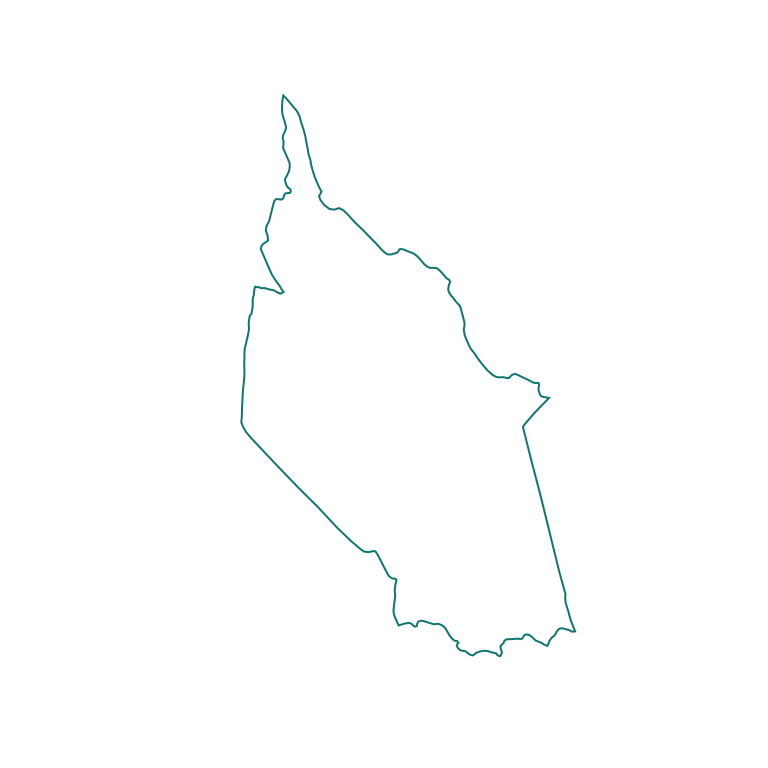 Mouloundou, Ogooué-Lolo, Gabon (Equal Earth projection), rotated 157°
{"feature_id": "22940354B50404497002370", "entity_name": "Mouloundou", "entity_type": "district", "adm_level": 2, "iso_a3": "GAB", "parent_name": "Gabon", "parent_adm1": "Ogooué-Lolo", "projection": "equal_earth", "projection_center": [12.887, -0.678], "detail": "fine", "context": "isolated", "style": "outline", "palette": "teal", "viewbox_px": 768, "rotation_deg": 157, "n_neighbors": 0, "source": "geoboundaries", "source_scale": "gbopen_adm2", "svg_char_len": 4008}
<svg xmlns="http://www.w3.org/2000/svg" viewBox="0 0 768 768"><g transform="rotate(157 384 384)"><path d="M304.7,81.6L304.7,84.4L304.5,92.0L303.9,98.1L303.3,101.3L302.4,110.9L301.2,115.3L299.0,119.9L296.0,142.9L288.4,189.8L283.1,222.7L278.3,255.9L272.9,290.1L271.1,291.5L256.6,298.7L237.5,306.7L239.8,308.2L242.4,309.9L244.2,311.4L244.5,313.6L244.2,318.1L242.9,320.6L241.5,322.6L241.3,324.5L242.9,325.3L244.6,325.9L246.3,327.3L248.4,329.9L251.2,333.2L253.6,335.8L256.6,339.3L259.1,341.9L261.8,342.4L263.4,342.2L265.2,341.2L266.5,340.7L268.7,341.3L269.6,342.3L271.4,343.6L273.5,344.4L276.3,345.5L278.4,347.2L280.4,349.8L282.2,353.6L283.4,355.9L284.8,360.4L286.1,364.4L288.0,372.3L288.8,377.0L290.4,382.4L290.7,387.5L290.8,393.2L290.6,397.5L289.4,402.8L287.2,406.2L286.0,408.8L285.1,414.4L284.4,419.5L283.8,423.6L283.7,426.6L284.8,429.6L285.7,432.0L286.7,436.4L287.7,439.1L288.3,442.7L288.1,445.6L286.7,448.2L285.3,450.1L283.2,452.2L283.4,454.5L285.1,456.8L286.0,459.6L287.2,463.5L288.5,467.1L290.4,470.2L293.6,471.8L296.5,473.1L298.1,474.8L300.1,478.5L301.2,481.7L302.1,484.7L303.2,488.0L305.7,492.5L307.8,494.6L310.4,497.0L312.8,499.6L315.6,501.7L317.2,501.9L318.8,500.6L320.3,499.8L323.9,500.2L326.7,500.4L329.7,501.7L331.0,503.2L332.6,506.0L334.2,509.9L336.4,516.5L339.0,523.0L342.6,532.4L348.2,545.5L350.8,553.5L353.6,559.9L356.8,563.6L361.3,563.8L365.8,566.4L369.2,572.4L370.6,578.2L370.4,582.3L366.3,585.5L366.8,589.8L366.9,594.9L366.9,602.2L366.1,609.3L365.4,614.7L364.3,618.6L363.8,624.4L362.2,631.0L361.0,637.1L359.6,642.9L358.6,650.0L358.1,657.1L357.1,664.1L357.6,669.5L359.3,674.9L360.6,679.2L362.6,685.6L363.9,688.9L366.1,685.7L368.8,680.6L370.7,676.3L372.1,671.9L372.7,667.3L372.9,664.6L373.9,658.2L375.8,655.8L379.1,653.0L381.2,650.0L381.7,646.3L382.8,644.1L384.7,640.6L384.5,624.7L385.5,621.6L387.9,617.4L390.8,614.7L392.7,613.1L394.6,611.7L395.7,609.9L396.1,606.2L395.9,603.2L394.9,601.1L394.1,599.6L394.6,597.5L396.2,596.7L398.2,597.5L400.6,597.9L402.4,596.7L404.1,594.3L406.6,593.9L408.6,595.2L411.1,596.4L413.8,595.1L418.3,589.2L426.2,578.7L430.6,575.1L432.9,571.3L433.2,566.0L434.7,561.3L440.7,560.1L443.0,558.8L444.7,556.3L444.6,535.5L444.4,527.8L442.9,519.8L441.8,515.6L441.2,511.1L440.5,507.9L444.2,507.6L446.4,510.0L448.8,513.3L453.2,516.3L456.3,518.9L459.8,520.3L461.1,521.9L463.8,523.2L464.6,523.9L465.6,522.7L467.7,519.6L469.0,516.9L470.5,515.2L472.0,512.7L472.2,512.4L473.8,508.3L475.8,504.6L478.7,500.4L481.1,499.0L483.7,494.9L485.4,491.3L486.8,487.4L489.4,483.2L496.0,474.1L498.4,471.0L500.3,467.3L502.5,462.0L505.4,455.8L507.7,449.7L509.9,444.8L516.3,433.3L524.1,417.3L528.0,408.8L530.3,404.6L530.5,400.0L529.8,393.9L527.2,385.5L514.9,352.2L503.3,321.9L492.8,296.2L483.3,270.1L475.6,252.0L471.3,243.5L469.7,240.4L467.9,237.6L465.6,236.2L463.4,235.1L461.3,234.8L459.0,234.3L457.2,233.2L456.3,227.0L455.7,217.9L455.2,211.6L454.7,205.7L453.0,202.5L451.9,201.4L449.9,200.5L449.0,199.1L450.3,197.1L452.5,193.9L454.7,190.0L455.7,186.7L457.2,183.1L459.6,179.3L462.1,174.9L464.0,171.2L464.9,168.0L465.0,162.7L464.9,156.0L463.0,155.9L458.7,155.4L454.4,154.4L452.5,152.7L451.3,149.8L450.0,148.4L448.1,148.6L447.1,150.4L445.4,151.9L442.2,151.6L440.0,150.2L437.8,148.2L434.2,145.3L432.0,143.3L429.5,142.7L427.1,141.6L424.5,138.6L422.9,135.3L422.6,131.9L421.8,126.5L420.6,122.3L419.2,120.1L417.2,118.8L416.6,116.6L418.0,116.0L419.3,114.7L419.2,112.2L417.9,109.3L416.2,107.9L413.5,106.2L412.2,103.9L410.5,101.1L408.4,99.5L406.3,99.7L404.7,100.5L400.2,100.3L396.1,99.4L392.8,97.6L390.1,95.2L387.4,93.3L385.9,92.1L385.5,89.8L383.4,88.1L381.2,89.7L380.2,91.3L380.1,94.1L379.3,97.2L377.4,98.1L375.3,98.8L373.5,100.6L371.0,101.1L368.4,100.1L364.6,98.7L361.2,97.6L359.4,96.8L358.3,95.9L356.2,95.7L354.7,96.8L352.6,98.1L350.8,97.9L348.2,96.0L346.6,93.2L344.6,88.6L342.3,86.3L339.7,83.6L338.3,81.3L335.9,79.1L334.4,80.4L332.1,82.8L329.2,84.9L326.3,85.5L323.8,86.8L322.0,88.5L318.7,90.2L315.5,89.7L312.2,87.0L309.9,85.3L307.7,82.5L304.7,81.6Z" fill="none" stroke="#0f766e" stroke-width="2"/></g></svg>